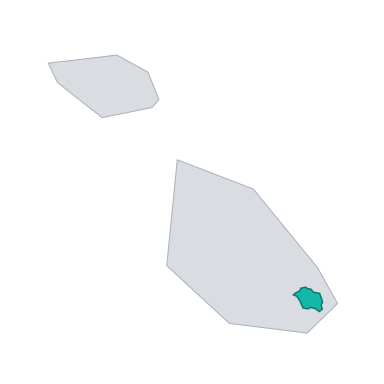 location of Żejtun within Malta, rotated 6°
{"feature_id": "MLT-5961", "entity_name": "Żejtun", "entity_type": "state/province", "adm_level": 1, "iso_a3": "MLT", "parent_name": "Malta", "parent_adm1": "", "projection": "orthographic", "projection_center": [14.531, 35.854], "detail": "fine", "context": "in_parent", "style": "filled", "palette": "teal", "viewbox_px": 384, "rotation_deg": 6, "n_neighbors": 0, "source": "natural_earth", "source_scale": "10m", "svg_char_len": 705}
<svg xmlns="http://www.w3.org/2000/svg" viewBox="0 0 384 384"><g transform="rotate(6 192 192)"><path d="M348.4,287.7L321.2,320.3L242.9,318.8L174.6,267.9L174.0,161.5L252.7,182.7L324.7,254.0L348.4,287.7ZM143.4,112.1L94.8,127.5L46.8,97.2L35.6,78.9L102.8,63.7L135.6,77.3L149.4,103.5L143.4,112.1Z" fill="#d9dde1" stroke="#a8b0b8" stroke-width="1"/><path d="M331.2,297.6L326.4,295.0L321.6,294.4L319.7,296.1L314.6,295.8L310.8,289.3L307.4,284.9L303.6,283.7L304.8,282.2L307.9,280.1L309.6,278.9L310.3,276.3L312.2,275.7L315.1,274.8L317.0,276.0L320.6,276.3L323.0,278.9L329.5,279.5L332.2,284.9L333.4,288.1L332.4,290.5L332.7,292.6L333.9,294.7L331.2,297.6Z" fill="#14b8a6" stroke="#0f766e" stroke-width="1.5"/></g></svg>